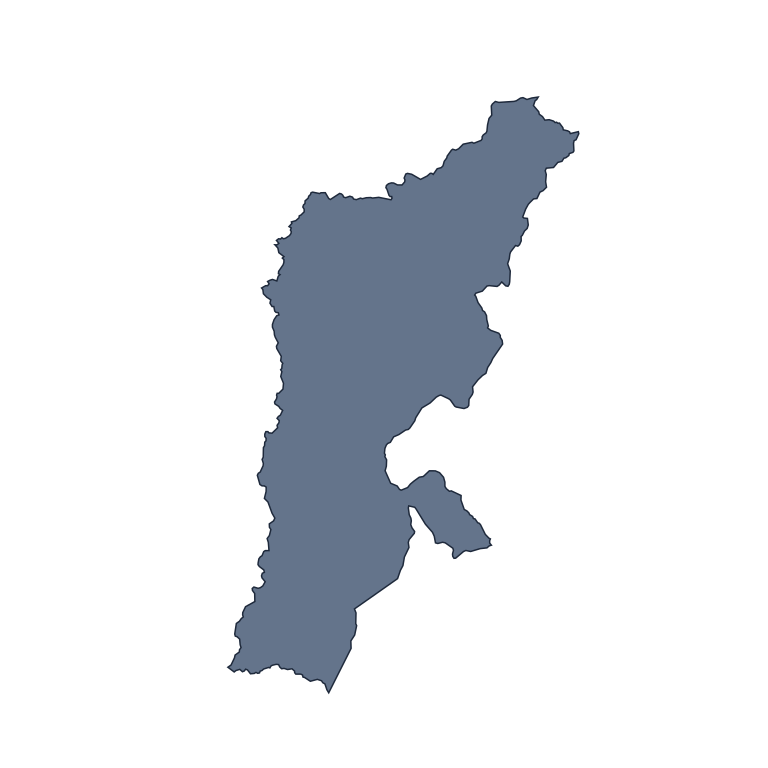 Montes Claros, Minas Gerais, Brazil, rotated 193°
{"feature_id": "56859067B50283699039030", "entity_name": "Montes Claros", "entity_type": "district", "adm_level": 2, "iso_a3": "BRA", "parent_name": "Brazil", "parent_adm1": "Minas Gerais", "projection": "robinson", "projection_center": [-43.949, -16.615], "detail": "fine", "context": "isolated", "style": "filled", "palette": "slate", "viewbox_px": 768, "rotation_deg": 193, "n_neighbors": 0, "source": "geoboundaries", "source_scale": "gbopen_adm2", "svg_char_len": 6123}
<svg xmlns="http://www.w3.org/2000/svg" viewBox="0 0 768 768"><g transform="rotate(193 384 384)"><path d="M506.7,523.3L510.7,521.1L509.9,519.7L512.0,516.0L509.5,515.2L509.8,512.9L508.6,511.6L508.5,509.7L509.5,507.3L512.9,503.7L514.8,502.9L516.4,503.6L517.4,502.0L519.4,501.8L521.1,499.7L518.1,497.4L519.6,495.5L521.6,495.1L518.0,492.6L516.0,488.3L510.1,485.6L511.4,483.8L509.5,482.7L508.9,480.0L509.1,477.5L512.0,470.1L511.7,467.7L509.9,467.2L511.3,465.2L511.6,460.3L516.2,460.8L518.4,459.5L520.5,457.7L518.5,455.8L519.5,453.6L521.4,453.2L524.9,450.0L523.3,448.8L521.8,444.8L517.6,442.1L513.3,440.6L513.3,437.1L510.5,434.3L508.8,434.7L506.9,430.5L505.4,429.5L503.0,429.7L501.9,427.6L503.9,426.4L505.6,421.9L506.1,416.9L505.5,414.3L502.9,410.7L501.8,407.2L500.4,405.0L496.3,400.3L497.3,396.6L496.5,394.5L490.3,387.8L489.9,383.4L487.3,381.4L487.6,379.8L487.1,376.1L487.9,374.7L486.3,373.1L486.3,368.1L482.1,362.1L481.3,356.3L484.5,351.2L486.0,350.9L486.2,349.0L485.4,347.6L485.4,345.3L486.6,341.8L485.8,340.1L481.5,338.5L479.7,336.8L476.8,335.5L478.0,330.3L479.6,328.6L480.5,326.5L477.8,324.7L477.7,322.5L478.9,319.7L477.8,317.4L482.0,310.9L485.2,310.5L486.4,311.5L488.4,311.0L488.9,308.4L488.3,306.0L486.6,304.5L486.2,302.1L487.1,300.5L486.5,296.9L487.2,294.9L485.2,285.5L485.8,283.1L483.7,279.5L483.4,277.2L484.8,270.4L486.4,268.7L486.9,266.6L482.3,258.2L479.9,257.3L477.7,257.8L475.6,257.0L474.7,252.7L474.8,245.6L470.5,242.9L464.0,232.9L460.2,228.8L460.8,225.8L464.3,221.9L463.4,218.6L461.5,216.8L461.6,210.6L463.1,207.1L461.1,203.7L458.6,195.8L462.3,194.9L463.5,193.6L464.2,189.3L465.6,187.8L466.6,185.5L466.4,181.3L466.1,179.6L464.4,178.1L459.3,175.8L458.2,173.6L460.0,172.2L460.2,169.5L459.2,167.6L455.3,164.6L456.7,159.9L458.7,157.7L460.7,156.6L465.1,156.9L466.4,155.1L465.7,153.2L462.9,150.8L460.9,143.0L468.8,135.9L470.2,129.5L469.8,127.2L468.7,125.4L470.3,123.3L471.5,120.3L474.0,117.5L473.2,106.8L472.2,104.9L470.3,104.7L467.3,103.0L465.5,97.6L464.0,95.0L465.0,92.6L464.7,90.3L468.1,86.4L468.1,83.5L469.8,75.8L472.4,72.9L465.2,69.7L463.8,71.5L460.3,73.5L457.2,71.8L455.5,73.0L454.7,75.0L452.7,74.7L448.9,71.6L445.3,72.8L443.9,74.2L442.0,73.7L440.3,74.5L440.1,76.3L438.4,77.4L437.2,79.2L432.8,81.8L431.3,81.7L430.8,83.6L429.6,84.8L426.0,86.6L423.6,86.9L421.9,84.8L419.7,83.5L417.4,84.4L413.7,84.1L409.6,85.8L406.6,84.2L406.1,82.6L404.7,81.5L399.8,82.6L397.9,82.1L397.0,80.2L395.4,80.2L388.9,77.8L382.5,81.2L378.1,80.8L376.5,79.2L374.1,78.5L370.9,73.3L368.4,70.7L356.6,119.0L358.5,126.2L356.1,132.8L356.3,142.4L357.6,144.1L359.8,154.7L362.2,158.2L327.0,197.4L326.1,206.1L324.7,211.3L325.2,220.0L322.9,230.3L324.7,235.1L324.5,238.1L320.9,245.3L321.0,247.2L324.4,250.2L326.3,253.0L326.6,256.8L327.6,259.3L330.0,262.3L332.4,268.7L332.5,270.8L326.3,270.8L324.6,269.4L312.1,256.7L303.4,250.4L300.8,247.0L298.1,240.8L295.7,240.7L291.3,243.0L288.6,243.0L280.0,239.5L278.9,237.6L279.0,233.7L278.2,231.5L276.6,229.9L275.0,230.4L268.8,238.7L266.8,240.2L261.9,240.3L253.3,245.2L246.8,247.5L245.1,249.9L243.1,251.1L245.2,252.7L245.8,255.0L245.5,257.0L247.1,257.4L251.5,260.3L258.3,268.6L259.8,269.7L261.5,269.9L264.9,273.0L266.6,273.0L267.9,274.9L271.2,276.0L272.3,277.5L274.7,279.0L277.6,279.8L282.9,288.2L283.8,292.7L294.4,295.0L296.1,294.2L299.7,296.0L301.6,297.9L302.6,302.1L305.0,306.5L309.9,310.1L314.5,310.9L320.3,309.6L324.9,302.7L328.7,301.1L333.1,296.0L335.8,292.4L337.7,288.4L343.4,284.4L345.2,284.8L348.2,287.6L355.2,288.8L363.4,299.7L363.2,304.4L364.4,310.7L366.8,313.4L366.8,315.3L368.0,316.6L368.6,321.4L368.0,325.1L367.0,326.9L364.7,328.6L362.7,334.7L358.1,338.1L352.6,344.0L350.1,345.2L348.9,347.0L345.7,355.1L345.5,358.2L341.7,369.2L334.8,375.9L330.1,383.0L327.7,385.2L326.1,386.0L317.8,384.2L315.8,383.4L310.1,378.3L308.5,377.8L300.5,378.1L297.5,380.1L296.6,382.1L297.7,388.3L295.6,393.7L295.4,396.2L297.1,401.2L293.3,409.3L289.9,414.5L287.1,417.3L286.7,423.4L284.7,428.9L283.8,433.3L277.4,449.6L278.7,453.1L281.2,455.6L281.6,457.5L283.6,459.3L292.1,460.3L295.7,462.0L295.4,464.0L298.4,470.0L299.5,473.7L302.2,476.9L304.5,477.8L305.8,480.1L310.7,484.5L314.3,490.1L315.7,491.1L314.9,493.2L309.1,496.6L305.7,502.6L303.7,503.5L295.8,504.5L294.2,506.1L292.2,509.9L287.5,507.0L285.2,507.1L284.4,509.3L284.5,511.8L286.4,522.5L290.6,529.0L290.1,534.1L290.6,539.0L290.3,541.3L287.0,548.5L284.6,548.4L283.3,550.2L282.5,554.3L283.6,558.6L282.7,559.9L281.5,564.7L279.5,567.7L279.2,571.4L281.5,577.6L285.0,577.2L286.4,577.9L285.3,586.3L283.8,591.6L282.5,593.9L279.9,598.0L276.7,599.1L275.2,606.0L272.5,608.2L269.9,612.3L272.0,617.4L273.0,624.6L274.9,628.1L274.4,630.8L267.5,633.1L264.5,639.0L260.7,641.0L259.5,644.5L257.8,645.3L255.3,648.2L255.3,650.2L252.0,652.2L251.4,653.8L253.5,661.3L253.5,663.9L251.8,665.2L250.5,671.7L251.4,673.6L258.8,669.9L259.9,671.4L262.0,672.0L266.5,672.0L267.4,674.0L271.7,677.7L273.4,677.2L274.7,677.9L276.1,677.2L277.9,678.3L282.5,678.7L286.6,677.3L289.7,680.2L293.4,681.8L294.5,684.1L301.0,688.9L300.5,693.9L299.2,695.5L298.3,698.3L304.4,695.9L308.7,693.4L313.0,694.3L315.3,693.3L318.8,689.7L320.9,688.6L335.5,684.2L339.1,684.3L341.4,681.1L342.0,679.0L339.5,670.2L341.4,666.4L341.4,659.7L340.6,653.5L341.0,651.7L343.3,649.0L344.0,647.0L343.5,644.9L344.2,643.2L350.6,638.8L352.6,639.3L360.8,635.5L364.2,630.0L366.7,628.0L369.9,628.2L370.9,627.0L373.7,620.3L373.7,618.4L375.4,614.5L375.6,609.9L376.9,607.7L380.6,605.7L383.2,599.3L384.8,600.0L386.3,599.7L388.7,596.4L394.4,591.6L404.2,594.6L408.5,594.5L410.0,593.5L410.7,589.2L409.5,587.6L409.3,585.6L411.2,582.0L415.7,581.0L419.8,582.0L422.1,581.6L424.7,580.1L426.3,578.0L426.3,575.7L424.9,574.4L421.6,569.0L420.2,568.0L418.7,568.4L418.0,566.8L418.6,565.1L431.1,564.7L437.0,562.6L438.9,562.7L443.2,561.5L446.7,559.7L448.8,559.8L452.4,557.4L455.3,557.4L456.7,559.0L459.5,559.3L463.3,556.9L465.5,557.1L466.5,558.6L468.2,559.6L470.1,559.7L477.8,551.7L479.6,552.3L484.2,557.2L488.4,556.2L489.6,555.1L496.7,554.9L498.1,554.0L498.3,552.0L499.6,550.1L499.7,548.0L502.1,544.7L501.6,542.0L502.7,540.4L502.9,538.2L501.1,536.3L500.5,533.8L503.0,529.9L504.4,528.8L504.2,526.8L506.7,523.3Z" fill="#64748b" stroke="#1e293b" stroke-width="1.5"/></g></svg>